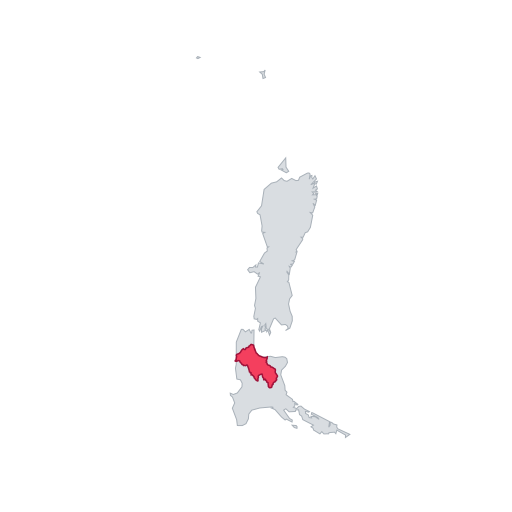 location of Manawatu-Wanganui within New Zealand, rotated 150°
{"feature_id": "NZL-3334", "entity_name": "Manawatu-Wanganui", "entity_type": "Regional Council", "adm_level": 1, "iso_a3": "NZL", "parent_name": "New Zealand", "parent_adm1": "", "projection": "mercator", "projection_center": [175.592, -39.627], "detail": "fine", "context": "in_parent", "style": "filled", "palette": "rose", "viewbox_px": 512, "rotation_deg": 150, "n_neighbors": 0, "source": "natural_earth", "source_scale": "10m", "svg_char_len": 6763}
<svg xmlns="http://www.w3.org/2000/svg" viewBox="0 0 512 512"><g transform="rotate(150 256 256)"><path d="M270.4,192.7L272.2,192.8L280.3,186.6L283.7,185.2L284.6,185.1L282.8,186.9L283.2,188.3L281.3,192.6L282.9,191.9L283.8,188.9L284.9,188.3L284.5,186.7L289.3,187.2L287.7,190.2L285.1,191.9L286.7,192.1L290.4,189.0L290.4,190.8L285.6,195.9L287.1,198.7L285.8,201.0L287.2,200.8L289.0,202.5L288.0,204.9L282.7,210.9L282.0,213.9L277.3,219.3L272.1,229.2L262.6,235.7L264.3,237.5L261.0,239.9L263.7,239.5L265.5,243.4L269.7,244.6L270.1,248.3L267.3,249.3L264.6,247.6L260.6,248.3L261.9,246.7L260.3,245.7L257.3,248.8L253.2,245.1L255.5,249.4L247.2,254.3L243.7,254.7L242.5,257.4L240.5,257.6L241.6,258.4L239.0,272.1L236.6,272.1L238.8,273.6L238.5,275.0L235.7,279.0L231.9,289.6L233.3,292.1L233.1,293.9L226.1,296.7L215.7,309.6L206.3,311.4L201.0,309.9L194.9,310.8L193.9,307.2L191.8,305.2L186.3,305.3L183.7,301.3L181.4,300.3L178.7,302.4L170.1,302.1L168.6,301.4L168.2,299.9L171.5,295.9L168.5,298.1L167.3,297.8L168.5,296.0L168.3,294.3L164.8,296.0L165.1,292.5L172.9,290.3L169.8,290.0L169.6,288.7L172.7,286.2L168.6,286.4L169.3,283.4L171.6,283.3L170.8,281.1L175.3,283.4L174.7,281.3L176.5,280.7L173.4,279.1L173.3,276.9L174.9,275.2L177.0,276.0L175.6,274.0L179.4,270.2L180.3,273.2L180.6,269.0L185.4,265.0L187.3,266.6L186.5,262.9L194.6,253.6L199.2,251.1L201.7,251.6L205.8,248.7L207.6,249.8L206.9,247.7L207.4,246.8L218.0,241.5L218.1,239.8L219.2,239.5L218.4,239.1L224.5,233.3L227.0,233.7L225.5,232.1L228.0,230.6L230.5,231.7L229.1,229.9L231.3,228.9L232.4,230.4L232.5,228.2L236.2,223.6L236.8,227.2L237.3,226.7L237.1,223.1L239.7,218.9L241.7,218.0L240.7,216.8L244.4,203.7L248.3,202.1L251.8,198.2L254.1,191.1L254.8,185.7L257.0,181.7L262.8,176.6L267.7,176.7L264.3,177.2L263.8,179.8L264.8,182.0L268.4,183.6L270.4,192.7ZM268.0,56.2L273.1,64.8L275.7,62.2L276.1,64.2L281.1,66.5L282.0,65.7L286.2,68.0L286.8,71.0L289.6,70.0L293.2,76.6L292.6,78.2L293.8,80.6L290.8,80.8L297.3,90.9L296.5,94.5L297.6,96.9L296.0,101.5L298.7,102.8L299.7,101.7L305.2,104.5L306.6,108.8L309.1,108.7L308.2,98.5L306.6,95.8L307.8,94.2L311.3,99.6L312.8,99.4L314.4,103.8L316.3,113.4L318.5,116.4L317.3,115.9L317.0,116.7L318.2,117.6L328.7,122.5L336.7,124.6L341.3,122.7L344.0,118.8L348.5,115.8L352.7,116.0L356.9,118.5L354.6,123.9L352.6,136.0L347.9,139.4L346.9,145.6L347.8,148.1L346.9,150.1L344.9,147.4L340.7,146.7L333.6,149.7L331.6,152.7L331.4,156.6L334.1,159.0L329.9,169.1L327.4,171.9L316.1,191.3L305.4,199.8L304.0,199.0L303.1,195.6L298.6,195.8L298.9,191.9L298.3,191.5L296.6,193.7L294.7,192.9L303.1,178.8L304.5,171.9L303.0,168.2L300.6,164.8L293.6,161.9L290.1,158.4L283.5,155.6L281.5,153.9L280.7,151.7L282.0,148.0L285.7,145.8L290.9,144.4L294.0,140.7L295.9,129.3L297.9,125.2L297.3,122.6L299.3,120.8L296.1,113.6L296.8,111.4L295.8,111.2L293.9,106.6L295.0,106.4L296.2,108.9L297.3,106.8L299.3,106.3L297.0,103.5L294.1,104.4L292.1,103.5L290.6,99.2L287.5,94.5L288.4,94.4L290.9,96.7L291.8,94.9L290.2,92.2L290.8,89.5L288.8,88.0L288.6,89.7L285.1,87.2L283.1,83.0L283.2,85.2L287.2,91.3L286.1,92.5L285.4,91.9L275.1,75.8L278.6,71.4L276.5,72.3L274.6,75.0L273.6,73.9L272.9,71.8L270.4,69.2L271.6,67.6L271.6,65.5L263.9,54.6L269.3,54.1L268.0,56.2ZM188.1,312.9L191.1,317.8L189.4,317.4L189.5,318.5L192.6,319.5L192.6,321.7L181.2,326.1L185.6,317.9L185.3,313.0L188.1,312.9ZM159.7,410.2L160.8,413.5L157.1,411.8L155.1,412.5L158.1,409.3L158.5,405.8L161.2,406.2L159.7,410.2ZM308.6,88.3L309.3,91.4L306.0,89.1L305.8,87.5L306.7,86.3L308.6,88.3ZM283.2,183.9L281.0,185.1L281.5,182.4L283.9,180.7L283.2,183.9ZM168.8,289.0L168.5,290.7L165.4,290.0L167.8,288.1L168.8,289.0ZM207.6,456.0L208.5,457.3L206.8,457.9L205.1,455.9L207.6,456.0ZM172.5,278.2L173.2,280.9L171.1,279.5L172.5,278.2Z" fill="#d9dde1" stroke="#a8b0b8" stroke-width="1"/><path d="M302.7,179.9L303.2,178.5L303.3,178.1L303.5,177.7L303.5,176.5L303.6,176.0L303.6,175.9L303.6,175.7L303.8,175.6L304.0,175.5L303.9,175.2L303.9,174.9L303.9,174.6L303.9,174.4L304.0,174.0L304.2,172.8L304.3,172.0L304.3,171.8L304.2,171.6L303.9,171.1L303.7,169.7L303.4,168.6L303.2,168.1L302.9,167.6L301.7,166.3L301.4,165.7L299.9,164.1L298.8,163.4L297.9,163.0L297.5,162.9L296.8,162.9L297.3,162.1L297.6,161.7L298.0,161.5L298.4,161.0L298.9,160.6L299.2,160.5L299.5,160.2L299.4,159.9L299.4,159.5L299.5,159.3L300.0,159.1L300.3,158.9L300.2,158.7L300.1,157.5L300.4,156.6L300.2,156.0L300.0,155.4L299.2,154.7L298.8,154.1L298.6,153.7L298.6,153.2L298.8,152.8L298.7,152.5L298.4,152.3L297.7,151.8L297.7,151.6L297.0,150.6L296.7,149.6L296.1,149.0L296.0,148.0L296.4,147.2L297.3,146.1L297.6,145.0L297.6,144.4L297.4,143.6L297.5,143.2L297.4,142.5L297.3,141.7L297.6,141.0L297.7,140.9L297.8,140.9L298.1,140.7L298.4,140.6L298.9,140.2L299.5,140.0L299.5,139.8L299.6,139.7L300.0,139.0L299.9,138.6L300.0,138.4L301.0,138.2L301.4,138.0L301.7,137.7L301.9,137.7L302.1,137.8L302.2,137.6L302.4,137.5L303.0,137.6L303.7,137.7L304.0,137.6L304.7,137.3L305.0,137.0L305.0,136.9L305.3,136.7L305.3,136.4L305.8,136.2L306.1,136.4L306.4,136.3L307.0,135.6L307.9,134.6L308.7,134.5L309.5,134.8L310.2,135.2L310.4,135.8L310.5,136.4L310.5,136.7L310.4,137.2L310.0,137.8L309.8,138.4L309.4,139.3L308.9,140.2L309.2,140.7L309.6,141.1L309.6,141.7L309.3,142.3L309.4,142.8L309.7,143.1L309.8,143.5L309.6,143.7L309.5,144.5L310.1,144.8L310.6,144.7L311.1,144.8L311.1,145.2L310.8,145.8L310.5,146.2L310.5,146.7L310.7,147.0L310.8,147.4L310.6,148.3L310.3,149.2L309.9,150.0L309.9,150.8L311.3,151.2L312.8,151.2L313.5,151.3L314.1,150.9L314.3,150.7L314.3,150.4L314.5,150.1L314.6,149.8L314.7,149.5L314.9,149.3L315.6,149.0L316.0,148.5L316.0,148.4L316.2,147.6L316.8,146.9L317.0,146.9L317.7,147.8L318.2,149.1L318.2,150.6L318.5,151.4L318.3,152.0L318.0,152.6L318.3,153.3L318.4,154.0L318.7,154.4L318.7,155.0L319.0,155.3L319.2,155.5L319.3,155.5L319.5,155.5L319.4,155.7L319.4,155.9L319.2,156.5L318.9,156.9L318.7,157.1L318.7,157.3L318.8,157.4L319.0,157.6L319.3,157.7L319.2,158.1L319.4,158.6L319.6,159.0L319.4,159.2L319.4,159.4L319.3,159.7L318.6,162.4L318.4,163.8L318.1,165.4L318.1,165.5L318.1,165.8L318.4,166.2L318.7,166.2L319.8,166.2L320.7,167.0L321.0,167.2L321.4,167.3L321.5,167.3L321.6,167.6L321.5,167.9L321.6,168.2L321.8,168.4L322.3,169.0L322.4,169.4L322.3,169.7L322.3,170.3L322.7,171.4L322.8,172.0L322.7,172.7L322.6,173.4L323.1,173.9L323.7,174.3L325.4,174.5L325.8,174.7L326.5,175.3L326.4,175.5L326.2,175.9L325.8,176.0L325.4,175.9L325.1,176.0L324.1,177.5L323.2,178.4L323.1,178.7L323.0,178.9L323.0,179.2L322.9,179.4L322.6,180.0L322.2,180.1L322.0,180.4L320.5,180.2L319.5,180.0L318.6,180.2L317.8,180.3L316.3,181.2L315.0,181.8L313.7,182.0L313.2,182.0L313.0,181.1L312.6,180.7L312.0,180.4L311.5,180.7L310.7,181.3L309.8,181.2L308.1,180.7L307.7,180.8L307.3,181.4L306.8,181.4L306.4,181.4L305.8,181.5L305.0,181.8L304.7,181.9L304.0,181.6L303.6,181.0L303.0,180.5L302.7,179.9Z" fill="#f43f5e" stroke="#9f1239" stroke-width="1.5"/></g></svg>